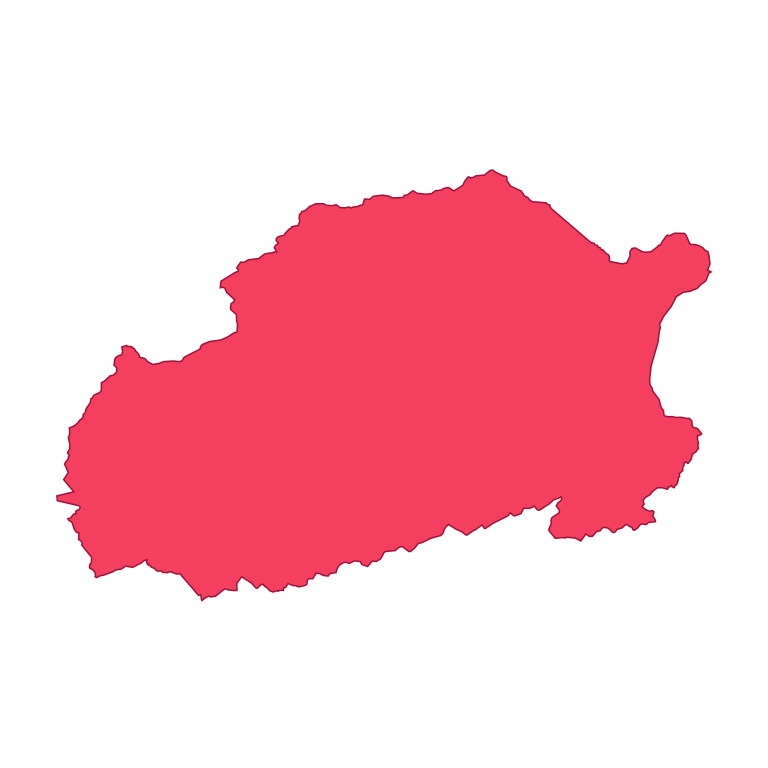 outline of KBang, Gia Lai, Vietnam, rotated 88°
{"feature_id": "81297802B35293124334630", "entity_name": "KBang", "entity_type": "district", "adm_level": 2, "iso_a3": "VNM", "parent_name": "Vietnam", "parent_adm1": "Gia Lai", "projection": "albers", "projection_center": [108.483, 14.301], "detail": "fine", "context": "isolated", "style": "filled", "palette": "rose", "viewbox_px": 768, "rotation_deg": 88, "n_neighbors": 0, "source": "geoboundaries", "source_scale": "gbopen_adm2", "svg_char_len": 6109}
<svg xmlns="http://www.w3.org/2000/svg" viewBox="0 0 768 768"><g transform="rotate(88 384 384)"><path d="M594.1,573.4L591.5,570.2L589.8,566.4L590.8,564.6L590.2,559.8L583.4,550.7L583.3,549.0L584.3,547.1L585.2,541.4L585.2,538.1L578.2,538.1L572.0,533.3L571.9,532.6L578.4,523.4L583.5,519.0L583.6,517.6L579.8,513.4L580.4,511.6L582.3,510.0L583.7,507.8L586.5,505.6L588.0,502.2L587.0,498.8L587.4,497.0L586.5,495.1L586.8,491.7L584.3,491.4L583.8,489.3L580.1,486.8L582.3,481.8L582.4,479.6L583.8,476.3L582.5,469.5L581.1,468.0L576.8,467.4L576.0,465.8L576.2,462.0L570.8,458.4L571.3,454.7L573.2,451.4L574.0,446.5L572.1,445.1L571.4,443.8L570.9,438.6L566.6,437.1L564.7,435.8L563.1,434.3L560.6,429.8L562.0,424.6L559.7,419.6L560.7,413.9L563.6,412.4L565.8,406.7L560.5,401.8L561.1,397.8L558.6,393.4L552.7,390.0L551.4,388.4L550.9,378.5L548.5,375.9L547.0,372.3L547.5,370.8L552.3,365.1L552.3,363.3L549.2,359.3L544.6,355.3L543.7,351.1L539.9,342.8L537.4,332.6L535.3,330.3L530.9,328.5L529.0,327.1L526.7,324.5L532.2,316.1L534.3,311.5L537.5,307.8L537.9,306.4L533.6,299.7L532.8,297.5L528.5,291.4L528.6,290.7L531.9,288.6L532.0,287.9L527.0,279.8L520.0,264.5L517.1,262.5L520.2,258.9L520.3,257.6L518.3,251.6L513.2,248.8L513.3,242.8L511.5,237.7L514.8,235.5L515.5,234.1L515.4,232.8L509.4,222.8L505.7,218.6L504.2,213.4L502.8,211.0L504.3,210.4L506.5,211.1L509.1,214.5L511.9,216.1L516.5,213.0L518.9,213.5L523.4,220.8L526.1,221.9L529.3,221.7L535.0,224.4L536.8,224.0L544.2,218.2L543.7,211.5L544.2,208.0L543.5,206.4L544.8,197.8L547.8,192.8L541.0,187.5L543.5,184.1L543.4,180.9L538.7,176.3L538.3,173.1L535.8,171.1L534.9,169.5L535.9,165.0L540.1,160.8L540.5,159.5L540.1,158.4L537.4,156.0L536.2,151.3L532.8,147.0L533.2,145.6L534.9,143.8L535.8,141.3L538.5,140.2L538.9,139.0L537.1,136.0L533.2,132.5L532.9,130.4L533.7,126.9L531.6,124.6L531.1,117.5L529.5,117.6L525.2,120.0L521.7,118.7L520.6,118.9L519.8,121.0L520.6,122.8L518.7,126.7L515.6,130.4L513.1,128.2L510.0,129.1L508.5,128.5L506.2,126.4L504.3,122.5L500.3,118.8L497.2,114.2L497.5,109.0L499.1,104.6L498.5,103.8L496.9,103.7L496.7,101.5L495.5,100.3L497.6,98.6L497.6,97.4L495.8,96.7L494.7,94.9L490.2,93.3L488.2,93.2L486.8,91.8L483.9,92.0L481.0,88.5L477.6,88.3L476.0,87.2L473.2,86.5L472.3,84.7L473.9,83.5L473.9,82.8L470.1,79.7L465.8,78.5L463.3,76.3L463.0,74.9L459.0,71.8L457.3,72.6L454.0,71.8L450.7,72.6L446.5,72.5L446.4,70.7L445.0,68.2L440.2,71.6L438.8,73.5L438.7,75.4L437.2,77.3L431.4,77.8L429.0,80.1L428.9,83.1L427.7,87.6L427.5,94.0L426.6,97.2L426.7,100.2L426.0,103.9L425.2,105.2L420.1,105.7L417.1,107.8L409.0,109.7L400.4,115.7L397.8,116.1L393.8,118.2L388.4,118.3L375.2,116.4L351.8,108.7L341.3,107.1L337.2,105.9L334.0,106.5L326.2,102.2L316.5,94.2L306.9,88.8L302.8,81.8L302.0,74.9L299.3,67.5L296.1,64.4L292.2,58.8L284.3,55.3L283.4,53.2L281.3,56.7L275.3,54.0L266.4,54.8L263.0,55.8L261.3,58.9L259.3,60.2L256.8,64.2L255.4,68.6L255.3,71.9L254.4,73.5L245.7,77.0L244.0,78.4L243.4,88.2L245.8,93.7L245.1,95.3L245.5,96.4L252.5,101.7L254.7,102.6L255.0,104.8L256.7,106.3L261.2,112.7L261.4,119.0L260.4,122.0L256.8,128.0L257.1,131.3L259.6,133.2L261.2,133.7L264.6,133.6L271.5,137.2L272.2,141.9L269.6,153.5L268.5,154.6L264.8,154.3L262.6,155.2L261.8,156.8L257.5,160.8L256.8,162.8L255.1,163.3L254.8,165.1L253.0,165.8L252.4,168.4L250.6,169.2L250.1,171.9L247.5,174.9L214.5,210.7L212.8,211.8L211.0,211.9L210.2,214.1L208.5,215.9L207.0,229.4L204.7,232.5L202.8,233.6L201.0,237.0L195.9,240.1L190.7,250.6L184.9,254.1L182.1,253.9L180.9,254.5L180.1,257.7L176.0,265.4L173.9,267.9L174.2,270.3L178.7,276.4L179.2,284.9L180.4,287.0L181.1,290.2L180.0,291.8L180.2,293.1L184.4,296.4L188.1,298.2L193.5,307.5L190.0,312.4L189.9,313.6L190.7,317.7L192.1,319.7L192.7,325.9L195.4,329.9L195.8,335.3L194.5,344.4L191.8,348.3L196.1,354.6L196.0,357.0L198.2,358.3L198.4,368.8L196.5,372.3L195.2,379.0L196.0,388.2L199.0,391.9L198.4,397.0L203.8,398.9L204.6,399.7L204.5,401.5L205.6,403.9L206.2,409.1L207.0,410.7L205.8,413.1L206.6,416.2L206.2,421.6L203.2,425.5L204.0,430.1L203.3,435.5L201.7,438.3L201.5,445.7L204.0,452.2L208.1,456.8L208.7,460.1L210.8,461.3L211.7,462.6L216.0,463.0L218.4,462.5L222.6,464.3L223.6,470.7L225.4,471.8L225.9,473.4L230.1,477.6L231.6,478.1L233.1,484.6L234.8,486.5L237.0,486.8L239.3,484.4L241.9,487.8L244.0,488.9L248.3,486.5L248.3,489.5L249.2,491.6L249.1,494.2L250.1,499.1L254.2,504.8L255.2,515.4L257.5,519.6L257.2,523.0L262.8,527.2L264.9,525.4L266.3,525.7L267.4,529.0L275.5,543.3L282.1,544.3L281.8,541.5L282.4,539.8L287.1,538.0L294.5,530.3L296.5,531.2L298.4,534.0L303.0,534.8L304.4,534.5L309.4,529.1L315.5,529.1L319.1,528.3L326.8,529.1L327.7,532.1L331.9,539.4L334.3,545.6L335.5,557.0L338.1,563.8L339.0,565.2L342.9,567.0L349.5,581.3L350.8,583.2L353.7,585.0L354.5,587.8L353.7,593.6L353.9,603.3L355.6,608.2L356.4,614.4L353.6,619.2L350.2,622.2L348.6,627.3L346.4,627.8L343.9,629.5L342.3,631.1L340.4,632.0L337.7,635.4L337.5,638.8L336.5,639.8L337.8,644.7L342.4,644.1L345.5,645.0L346.5,648.5L348.3,651.2L349.7,652.1L355.7,653.2L358.5,650.5L363.0,651.0L365.7,654.2L366.3,657.4L371.3,663.2L372.8,666.4L379.8,666.7L381.4,667.3L382.6,668.5L385.1,674.4L388.0,676.2L388.5,677.4L392.5,678.3L398.1,682.4L402.4,683.8L404.0,685.6L407.5,686.3L409.3,689.1L412.1,691.3L415.0,695.0L417.0,700.0L422.6,699.8L426.4,701.3L434.9,699.8L435.7,700.5L437.9,700.3L441.2,702.5L442.4,702.4L444.4,700.7L445.7,701.9L447.8,702.2L451.4,705.3L453.0,706.0L461.5,702.6L468.4,707.5L480.9,697.7L484.4,714.8L489.2,714.6L495.1,692.9L495.8,692.3L497.0,691.9L499.1,693.2L499.3,695.0L500.6,696.7L503.1,696.6L503.1,698.7L507.1,702.0L507.5,704.7L509.6,703.6L510.1,701.9L512.2,700.3L517.9,698.8L521.4,696.7L522.4,694.1L528.6,694.7L530.9,691.8L532.4,691.3L534.5,691.7L546.9,682.3L552.2,682.7L554.5,684.5L557.5,684.7L559.7,681.3L562.3,679.4L565.6,679.0L566.4,679.4L567.5,678.4L565.6,673.7L565.3,670.9L562.2,661.6L560.5,658.5L559.9,653.3L557.0,648.4L558.5,641.7L554.6,633.2L552.1,629.9L551.4,627.1L553.0,627.6L555.6,626.8L555.6,626.0L556.3,626.2L557.9,623.5L558.9,623.0L560.3,619.8L562.3,618.2L563.1,616.6L563.1,612.8L564.6,611.7L565.0,606.9L564.1,604.2L566.7,598.0L566.6,594.5L588.7,576.8L588.2,574.4L593.1,574.0L594.1,573.4Z" fill="#f43f5e" stroke="#9f1239" stroke-width="1.5"/></g></svg>